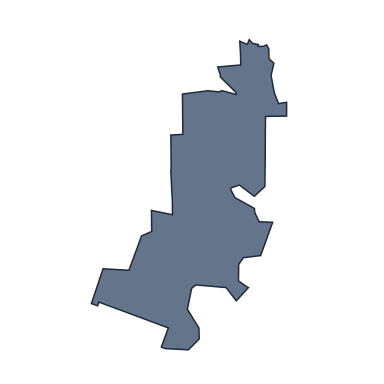 Hampshire, Massachusetts, United States of America, rotated 278°
{"feature_id": "52423323B42715000983787", "entity_name": "Hampshire", "entity_type": "district", "adm_level": 2, "iso_a3": "USA", "parent_name": "United States of America", "parent_adm1": "Massachusetts", "projection": "robinson", "projection_center": [-72.588, 42.37], "detail": "fine", "context": "isolated", "style": "filled", "palette": "slate", "viewbox_px": 384, "rotation_deg": 278, "n_neighbors": 0, "source": "geoboundaries", "source_scale": "gbopen_adm2", "svg_char_len": 1070}
<svg xmlns="http://www.w3.org/2000/svg" viewBox="0 0 384 384"><g transform="rotate(278 192 192)"><path d="M58.2,217.8L75.3,203.7L96.6,205.1L100.5,208.8L102.1,239.1L90.4,251.0L105.2,261.2L106.5,258.0L110.5,250.4L126.8,248.3L134.1,252.0L138.6,268.8L173.2,276.1L171.9,262.7L180.2,257.1L184.4,256.1L192.4,235.3L200.3,229.7L201.5,230.2L205.5,237.9L196.4,254.3L207.6,263.4L215.3,262.4L224.8,261.2L232.9,260.2L261.3,256.3L277.1,254.3L280.3,275.1L294.0,273.2L291.6,265.4L302.1,259.5L302.9,259.3L318.4,254.1L330.9,255.2L334.8,249.6L344.2,248.2L348.0,245.5L346.0,241.7L345.5,237.0L347.3,237.1L347.6,231.3L350.8,227.5L345.8,226.2L348.0,218.3L335.6,220.8L324.6,222.6L319.4,200.0L311.3,204.0L310.0,203.8L296.8,221.6L294.7,221.9L296.5,207.5L294.9,205.1L294.5,193.6L287.7,168.9L247.8,174.9L245.5,163.1L225.6,166.1L212.1,168.1L210.1,168.0L179.8,173.9L166.8,175.8L168.1,154.4L147.3,157.6L141.6,148.2L105.7,140.4L103.6,114.6L67.5,107.9L66.2,114.4L70.0,115.1L54.1,187.5L34.2,183.2L33.2,187.0L35.2,210.4L47.5,219.6L58.2,217.8Z" fill="#64748b" stroke="#1e293b" stroke-width="1.5"/></g></svg>